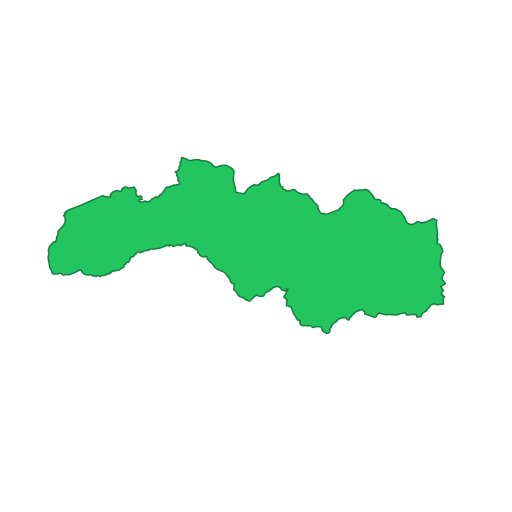 Chiojdu, Buzau, Romania (Natural Earth projection), rotated 308°
{"feature_id": "2599482B83963244368666", "entity_name": "Chiojdu", "entity_type": "district", "adm_level": 2, "iso_a3": "ROU", "parent_name": "Romania", "parent_adm1": "Buzau", "projection": "natural_earth1", "projection_center": [26.168, 45.421], "detail": "fine", "context": "isolated", "style": "filled", "palette": "green", "viewbox_px": 512, "rotation_deg": 308, "n_neighbors": 0, "source": "geoboundaries", "source_scale": "gbopen_adm2", "svg_char_len": 6144}
<svg xmlns="http://www.w3.org/2000/svg" viewBox="0 0 512 512"><g transform="rotate(308 256 256)"><path d="M394.4,372.3L390.5,370.8L389.5,369.9L387.3,369.0L386.1,367.6L384.9,367.1L383.7,365.4L382.8,362.2L377.9,360.4L376.1,358.4L375.2,356.3L375.2,354.8L375.7,353.0L378.1,348.9L378.7,346.0L379.7,344.0L380.0,342.5L379.3,339.8L379.4,337.9L378.1,335.5L376.7,334.0L376.5,330.0L377.2,328.4L376.8,327.3L377.3,326.9L376.4,325.9L376.4,323.9L375.0,322.4L375.2,321.5L376.5,320.1L376.4,318.9L375.5,316.9L374.2,315.5L374.1,314.2L375.3,311.5L376.9,304.7L376.4,302.6L375.4,300.8L373.4,299.3L371.7,296.7L369.9,295.4L368.9,293.3L361.3,290.7L354.0,290.4L350.9,292.9L348.2,293.5L345.6,292.7L342.7,292.6L341.3,291.2L340.2,290.8L332.9,286.3L331.3,284.6L331.3,283.2L329.7,281.6L330.0,279.1L331.7,275.7L333.7,273.6L334.2,268.1L335.4,264.9L335.0,264.0L335.0,263.2L336.1,260.8L336.0,259.7L336.6,258.5L335.6,257.1L334.3,256.1L332.3,252.2L332.0,249.8L331.7,249.0L332.0,245.9L331.0,244.8L331.3,244.1L328.3,242.7L326.5,240.6L326.0,239.6L326.5,238.6L325.7,237.9L325.5,235.5L326.8,234.7L326.1,233.2L327.8,229.7L328.9,229.0L329.6,227.8L331.1,227.3L333.1,225.2L334.6,224.4L334.8,222.8L330.3,221.5L326.7,219.0L324.1,218.7L322.6,218.0L317.8,214.9L313.7,214.2L312.8,213.8L311.1,210.6L306.9,208.9L303.6,208.2L298.0,208.4L295.5,204.6L293.9,200.2L296.1,198.8L302.1,191.0L309.3,186.5L310.1,184.0L310.1,181.8L309.2,177.0L308.0,175.0L304.8,172.0L301.2,169.8L300.7,166.0L301.5,163.6L300.5,158.9L299.1,156.4L297.6,154.8L296.8,151.8L294.0,148.2L293.0,147.7L292.2,146.6L291.1,146.1L290.1,144.5L289.5,141.1L288.0,137.0L287.7,136.8L284.1,139.0L283.1,138.5L281.5,140.0L279.2,140.5L276.8,142.0L273.8,141.5L272.6,140.7L272.2,143.0L270.7,144.0L269.7,146.8L267.6,147.5L267.1,150.1L265.9,151.4L265.3,150.9L263.7,150.7L263.4,149.7L262.0,148.9L261.5,147.6L260.1,147.1L258.6,145.8L257.2,145.3L255.3,143.3L254.3,143.2L254.0,142.8L252.0,143.6L249.7,143.2L248.4,143.7L246.0,143.3L245.5,142.6L244.3,142.8L242.2,142.4L241.3,141.7L240.9,140.6L238.8,140.0L236.8,138.8L235.0,138.9L233.6,138.5L232.1,137.4L231.2,136.0L231.0,134.7L228.0,133.1L227.6,130.8L226.8,130.0L227.1,129.3L228.1,129.4L230.0,130.1L230.5,131.2L230.9,130.4L232.4,129.5L232.0,127.6L230.3,127.2L230.0,125.2L230.7,123.8L232.6,121.8L233.8,121.6L234.3,119.6L235.4,117.9L231.0,113.6L230.3,111.0L229.5,110.1L227.0,109.1L223.7,109.9L222.0,106.2L218.2,103.7L214.7,103.5L212.7,105.1L210.3,100.9L209.8,100.7L209.4,98.2L187.4,86.3L175.2,79.0L173.6,79.5L173.0,78.8L172.2,79.8L171.7,78.9L170.7,80.2L169.6,79.5L168.3,82.8L166.5,83.5L165.8,84.5L165.0,84.9L160.8,85.5L153.6,84.7L151.2,86.7L148.1,87.3L146.6,88.5L143.7,89.2L142.1,87.7L135.9,87.4L134.9,88.1L133.0,88.5L130.7,91.2L129.5,92.0L128.0,92.3L125.8,94.1L119.9,100.7L118.6,103.9L116.8,106.4L116.9,107.2L119.5,110.4L122.0,112.2L122.3,113.0L122.1,115.2L122.4,116.0L124.7,118.0L125.6,119.7L129.6,122.4L136.6,125.9L137.1,126.9L136.0,130.0L135.9,131.1L136.2,131.6L135.9,132.0L136.4,132.4L136.6,133.5L137.8,135.6L139.4,136.9L139.9,139.7L141.4,141.8L141.6,142.7L143.2,143.3L144.0,145.7L145.8,146.6L147.3,148.4L148.6,148.7L148.9,149.6L150.4,149.5L150.7,150.9L154.4,152.1L156.4,152.2L156.7,153.5L158.9,155.0L159.6,156.0L162.0,157.4L164.1,157.5L164.9,158.5L166.3,158.6L167.6,157.7L169.9,158.3L170.7,157.9L173.0,159.4L175.4,158.9L176.2,158.3L177.1,158.6L178.4,158.2L179.7,159.5L181.3,160.0L182.8,159.8L186.5,160.4L186.9,160.8L187.4,163.0L188.8,163.1L189.6,164.3L191.5,164.9L193.7,167.2L196.9,168.9L197.7,169.8L198.0,170.8L203.4,175.7L206.5,177.3L207.0,178.1L208.8,178.2L209.1,179.3L210.8,180.3L210.6,181.6L211.9,181.8L212.6,183.5L212.3,184.5L213.0,185.3L214.6,186.0L215.7,187.2L216.6,187.7L217.4,188.6L217.2,189.6L222.9,193.0L221.8,194.2L221.2,194.2L221.0,194.8L221.3,195.5L223.1,197.1L222.9,198.3L224.1,200.9L223.8,201.7L224.6,203.5L224.2,204.5L224.8,205.4L223.6,207.5L222.8,208.2L223.0,209.8L222.0,211.3L222.3,213.8L222.9,215.1L225.1,217.2L224.9,218.4L223.7,219.4L223.5,219.9L223.8,221.2L223.0,222.3L223.1,225.1L222.6,228.3L221.6,231.0L221.9,234.3L223.5,240.3L223.6,241.9L221.7,249.3L219.7,252.7L220.0,255.1L220.6,256.2L215.8,259.2L215.7,262.8L215.0,263.3L215.0,264.7L214.2,265.5L214.5,266.6L213.9,267.4L215.1,271.0L214.9,272.1L215.7,273.4L215.1,274.7L216.0,276.4L215.8,277.1L216.4,278.7L221.1,279.6L222.1,279.4L225.4,280.5L225.9,281.0L225.8,282.3L226.1,283.0L228.3,285.9L229.3,286.6L232.0,286.0L234.2,286.7L236.8,288.1L237.5,288.2L238.5,287.5L239.4,288.8L240.6,288.4L241.5,289.2L242.5,289.4L245.3,291.8L245.9,294.5L245.2,297.2L246.5,300.6L247.0,300.8L248.9,300.1L249.5,301.8L240.9,303.2L240.5,303.9L240.9,305.3L240.2,307.9L238.2,308.6L235.7,310.6L236.6,312.1L236.7,313.8L237.6,315.1L235.8,317.4L235.2,319.1L233.7,320.9L233.4,322.6L231.3,327.8L231.3,328.7L232.2,330.1L230.0,332.2L229.1,334.3L230.5,336.6L232.5,339.0L232.6,339.7L233.8,340.5L234.6,342.2L234.5,344.3L235.1,344.7L235.3,345.6L237.0,346.4L240.4,350.9L237.8,354.9L238.5,359.2L239.5,360.3L241.6,360.9L243.7,359.3L246.5,359.0L247.9,358.3L249.3,358.7L250.5,358.5L254.0,359.7L256.9,359.8L259.9,361.5L262.5,364.3L262.7,365.2L262.2,366.8L262.4,368.2L263.1,368.5L264.8,368.2L268.7,368.3L274.4,369.2L276.1,370.8L278.2,371.7L278.8,372.3L279.1,375.5L277.3,377.5L280.0,384.5L280.5,386.9L282.2,388.1L283.5,387.5L286.9,387.8L287.1,388.9L289.7,394.6L291.3,396.2L293.7,399.5L294.0,399.5L294.0,400.2L296.0,403.0L300.9,406.4L303.0,408.5L303.1,409.6L302.3,410.5L302.6,411.6L305.9,414.8L307.3,417.1L308.4,417.6L308.0,419.3L307.1,420.5L308.0,421.6L309.9,423.3L311.8,422.6L313.8,422.5L317.8,424.1L320.1,423.7L322.4,424.2L324.2,423.8L325.1,424.0L327.3,425.2L328.2,426.3L329.3,429.1L331.8,431.1L333.4,433.2L334.3,432.8L335.9,430.7L337.8,429.8L339.8,429.6L339.9,429.0L339.1,428.0L340.0,427.6L340.2,427.2L339.8,426.1L341.2,425.0L344.5,424.7L344.5,423.6L345.4,421.5L345.4,420.6L347.5,421.0L350.6,422.3L351.3,421.1L351.9,417.7L352.7,416.6L354.0,415.7L359.1,414.6L361.4,407.5L364.8,404.7L371.6,400.6L374.5,400.6L377.0,396.9L378.0,394.7L378.2,394.0L377.3,390.6L381.0,389.2L380.7,388.0L380.9,387.7L382.2,387.9L382.8,386.6L385.3,385.4L392.6,378.0L393.3,377.4L395.2,376.8L395.1,375.3L394.6,374.7L395.0,373.1L394.4,372.3Z" fill="#22c55e" stroke="#15803d" stroke-width="1.5"/></g></svg>